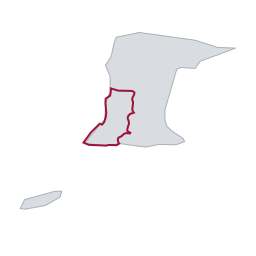 Sangre Grande on a map of Trinidad and Tobago (Natural Earth projection), rotated 190°
{"feature_id": "TTO-54", "entity_name": "Sangre Grande", "entity_type": "Region", "adm_level": 1, "iso_a3": "TTO", "parent_name": "Trinidad and Tobago", "parent_adm1": "", "projection": "natural_earth1", "projection_center": [-61.154, 10.651], "detail": "fine", "context": "in_parent", "style": "outline", "palette": "rose", "viewbox_px": 256, "rotation_deg": 190, "n_neighbors": 0, "source": "natural_earth", "source_scale": "10m", "svg_char_len": 1358}
<svg xmlns="http://www.w3.org/2000/svg" viewBox="0 0 256 256"><g transform="rotate(190 128 128)"><path d="M155.3,215.3L133.6,224.0L77.1,226.1L53.7,222.9L35.8,225.4L68.5,206.3L72.3,198.3L86.2,196.8L90.2,194.4L94.8,152.3L93.0,142.3L90.2,136.7L84.6,132.8L72.0,127.3L69.9,124.4L77.8,119.8L94.8,117.2L107.5,112.2L133.7,111.2L146.4,106.7L167.9,105.4L157.3,124.7L152.4,131.9L154.3,149.3L151.9,161.1L154.7,176.0L161.1,185.8L157.0,195.5L156.4,210.1L155.3,215.3ZM189.4,52.8L182.2,54.3L183.0,48.1L195.8,37.4L215.3,30.2L220.2,29.9L217.4,39.5L189.4,52.8Z" fill="#d9dde1" stroke="#a8b0b8" stroke-width="1"/><path d="M134.0,111.1L136.2,109.1L144.0,108.0L146.4,106.9L163.7,104.6L169.3,105.9L163.6,117.4L156.6,127.3L154.1,126.8L152.5,129.8L151.8,134.5L152.0,138.9L154.5,148.4L155.1,153.0L151.2,156.8L151.3,161.2L151.8,164.0L144.2,163.1L130.5,165.2L128.0,164.3L127.8,163.6L127.7,162.3L128.8,158.8L128.8,156.3L127.8,155.1L127.4,153.8L127.0,147.2L126.4,145.6L124.9,144.1L128.4,142.2L128.9,141.3L129.8,140.1L130.0,138.9L130.0,137.8L129.7,136.9L128.7,135.3L128.2,134.2L127.8,131.7L128.3,129.3L128.4,126.6L128.3,125.3L127.6,124.6L127.0,124.2L126.1,124.2L125.5,123.9L124.9,123.6L125.1,123.0L128.9,122.6L130.1,122.1L130.9,121.5L133.1,118.7L134.0,118.0L135.1,117.3L135.9,116.5L135.9,115.1L135.8,113.7L134.5,111.5L134.0,111.1Z" fill="none" stroke="#9f1239" stroke-width="2"/></g></svg>